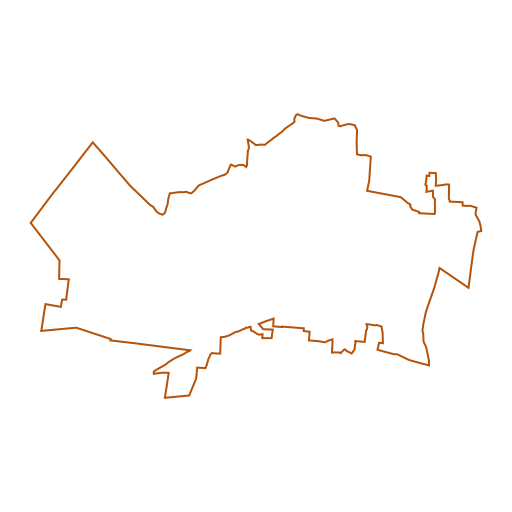 Yaxkukul, Yucatán, Mexico
{"feature_id": "50627088B96135339135610", "entity_name": "Yaxkukul", "entity_type": "district", "adm_level": 2, "iso_a3": "MEX", "parent_name": "Mexico", "parent_adm1": "Yucatán", "projection": "albers", "projection_center": [-89.436, 21.056], "detail": "fine", "context": "isolated", "style": "outline", "palette": "amber", "viewbox_px": 512, "rotation_deg": 0, "n_neighbors": 0, "source": "geoboundaries", "source_scale": "gbopen_adm2", "svg_char_len": 3830}
<svg xmlns="http://www.w3.org/2000/svg" viewBox="0 0 512 512"><path d="M275.5,136.7L273.5,137.9L272.5,138.9L267.6,142.6L264.9,144.8L260.8,144.6L255.9,145.1L253.2,143.0L249.1,140.1L247.7,139.7L248.8,146.3L248.9,148.4L247.9,150.7L247.1,161.8L247.0,165.2L246.1,167.0L245.5,166.3L243.4,165.0L240.8,164.8L237.8,165.3L235.3,166.6L231.8,164.9L230.8,164.6L228.6,169.6L227.5,172.6L224.9,174.7L221.5,175.7L214.1,178.7L198.7,185.5L195.3,189.5L194.0,191.1L191.2,193.3L188.9,192.9L186.4,191.8L183.4,192.2L179.3,192.1L171.2,193.2L169.8,193.3L168.3,198.8L167.5,204.8L166.0,208.7L165.7,210.8L164.6,213.1L162.7,214.7L159.3,213.6L156.7,211.7L155.4,210.0L153.1,206.8L149.8,204.7L129.9,185.5L122.6,176.9L122.4,176.8L104.8,156.1L92.8,142.4L88.3,148.1L83.0,154.9L73.6,167.1L55.6,190.1L54.9,190.7L54.4,191.4L54.0,191.9L31.4,222.0L30.7,222.9L36.3,230.2L36.4,230.3L36.5,230.4L52.2,250.9L52.3,251.0L59.5,260.4L59.1,278.9L68.8,279.3L68.4,281.8L68.2,284.0L67.9,285.8L66.2,299.7L62.1,299.7L60.8,306.9L45.5,304.1L44.8,308.2L41.3,330.9L76.1,327.7L86.6,331.1L110.7,339.0L110.4,340.4L110.6,340.4L136.0,343.4L168.8,347.6L190.3,350.3L189.6,350.9L186.8,352.0L183.7,354.1L176.5,357.4L175.2,358.0L168.5,362.1L165.7,364.5L155.8,370.1L153.8,371.6L153.8,373.8L157.6,373.3L161.6,372.8L166.9,372.7L168.7,372.9L164.9,397.8L189.2,395.5L196.2,378.4L197.2,367.6L205.5,368.1L207.1,363.7L207.7,361.5L208.3,359.2L209.4,357.2L210.3,354.6L212.0,353.0L212.8,353.1L214.5,353.4L220.2,353.6L220.8,337.2L224.5,336.9L229.2,335.4L235.1,332.2L237.4,331.6L238.6,331.5L239.4,330.9L240.3,330.6L242.6,329.3L244.8,328.8L245.6,327.7L247.7,327.7L249.0,327.1L250.5,326.7L251.1,330.5L254.1,331.8L257.2,334.0L259.3,334.7L262.5,334.2L262.3,338.1L271.6,338.1L272.0,335.1L272.8,329.6L263.2,329.2L258.8,324.0L266.2,321.1L273.6,318.6L273.2,326.3L282.1,327.1L282.1,326.6L303.8,328.3L303.7,331.0L309.7,331.8L308.9,340.4L318.6,341.2L324.9,342.3L326.2,341.8L327.1,341.2L328.2,340.8L329.9,340.0L332.5,339.4L332.4,343.6L332.4,346.7L332.2,347.2L332.1,350.0L332.0,352.6L334.0,352.4L339.5,352.5L340.7,353.2L340.9,352.8L341.0,352.7L341.2,352.4L344.4,349.4L345.3,349.5L346.3,350.7L347.1,351.3L348.7,351.9L351.6,353.5L354.6,349.5L355.0,344.7L355.4,343.7L355.3,341.1L364.7,341.9L366.1,330.4L366.8,329.6L367.4,327.6L366.5,324.2L368.4,324.3L375.5,325.4L376.3,325.0L377.2,325.1L378.1,325.5L378.6,325.6L381.6,326.6L381.6,327.1L382.6,332.7L382.9,343.2L379.1,342.7L377.5,349.8L391.6,353.6L393.5,354.1L394.6,354.2L397.3,354.3L409.0,360.0L418.8,362.7L429.0,365.4L429.0,360.9L426.9,350.5L426.1,347.0L423.6,341.8L423.5,340.7L423.3,335.0L422.7,331.4L422.4,329.8L423.0,327.7L423.1,325.3L425.9,311.9L428.9,303.1L434.2,288.0L438.9,271.2L439.5,268.0L468.5,287.8L473.4,250.6L477.6,231.9L481.3,231.0L480.4,225.0L480.0,224.2L479.4,221.5L475.6,214.6L475.7,212.4L476.5,207.7L470.5,205.8L465.5,205.9L464.2,205.6L462.8,205.7L462.5,202.2L449.8,201.6L449.7,200.7L448.8,198.7L449.1,184.6L448.4,184.5L446.2,184.4L442.9,185.0L437.8,185.6L435.7,185.7L435.8,184.0L436.1,180.2L436.0,176.8L435.8,173.1L429.5,172.8L429.3,176.0L426.6,175.6L426.5,178.0L426.4,178.7L426.0,181.5L425.4,184.8L426.8,186.0L426.5,187.7L426.8,189.0L426.3,191.8L432.9,190.7L433.1,197.0L435.0,199.5L434.8,204.3L435.1,211.5L434.6,214.0L419.0,213.2L419.1,212.0L416.2,210.9L414.1,210.2L412.4,209.7L410.2,206.5L410.4,205.4L410.3,204.4L408.4,203.5L400.8,197.2L399.9,197.0L367.1,190.8L369.2,180.9L370.8,156.7L366.1,155.1L360.3,155.1L357.0,154.3L356.6,142.3L357.1,129.9L355.8,127.6L354.9,125.3L349.8,124.0L346.7,124.4L341.5,125.8L340.6,126.3L338.5,125.9L338.6,125.1L338.1,122.5L336.9,121.1L334.5,118.4L325.4,120.6L324.6,120.9L317.0,118.6L308.4,117.9L306.0,117.0L302.2,116.2L297.4,114.2L295.8,115.4L294.3,118.8L294.5,121.9L293.1,123.1L287.5,126.9L285.3,128.4L284.5,129.2L281.7,132.0L280.0,133.3L279.6,133.4L275.6,136.7L275.5,136.7Z" fill="none" stroke="#b45309" stroke-width="2"/></svg>